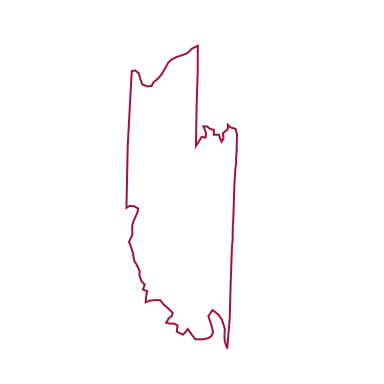 Lunardelli, Paraná, Brazil (orthographic projection), rotated 125°
{"feature_id": "56859067B32981024727958", "entity_name": "Lunardelli", "entity_type": "district", "adm_level": 2, "iso_a3": "BRA", "parent_name": "Brazil", "parent_adm1": "Paraná", "projection": "orthographic", "projection_center": [-51.764, -24.076], "detail": "fine", "context": "isolated", "style": "outline", "palette": "rose", "viewbox_px": 384, "rotation_deg": 125, "n_neighbors": 0, "source": "geoboundaries", "source_scale": "gbopen_adm2", "svg_char_len": 1488}
<svg xmlns="http://www.w3.org/2000/svg" viewBox="0 0 384 384"><g transform="rotate(125 192 192)"><path d="M300.1,73.3L273.6,88.8L243.5,108.7L214.5,127.5L207.1,131.7L204.2,133.9L194.8,140.1L191.3,142.1L177.4,151.2L161.2,161.8L147.9,169.9L142.7,172.6L139.1,175.2L133.2,178.7L118.7,188.4L115.3,192.5L117.0,197.4L116.4,201.1L120.0,198.8L126.1,200.3L130.0,197.0L133.8,196.6L131.9,199.9L129.6,202.8L132.6,207.0L128.6,209.6L129.9,213.7L129.7,217.3L131.7,220.3L133.7,217.0L136.4,213.7L139.7,212.1L141.2,215.7L146.0,215.4L152.0,215.2L118.2,238.0L90.2,256.3L68.9,271.1L75.1,274.5L78.5,274.9L81.9,275.9L90.3,282.0L94.7,284.5L99.3,285.7L105.2,285.0L113.7,284.4L120.3,285.2L123.9,286.5L128.4,285.9L131.1,289.2L132.4,294.4L128.6,299.8L125.3,303.6L125.0,308.1L127.5,310.7L144.1,300.4L191.1,271.1L242.6,236.6L239.3,235.2L236.9,231.3L236.4,226.6L239.5,225.1L250.0,223.0L253.8,221.7L257.7,218.9L261.0,216.4L269.0,215.0L271.6,210.8L276.3,204.9L281.5,199.9L283.1,196.0L284.8,193.0L286.7,189.6L290.1,187.6L294.0,182.4L295.0,177.6L300.1,176.2L298.9,171.9L304.0,169.6L308.9,166.7L305.3,164.3L301.9,160.5L298.9,156.1L300.5,150.3L301.1,144.2L302.1,138.4L305.4,137.5L309.0,138.6L313.9,138.2L312.7,135.0L310.0,131.1L309.7,127.2L315.1,124.4L314.1,117.7L310.8,117.0L306.6,116.8L309.2,109.7L310.7,104.8L306.9,99.2L302.8,95.1L299.4,93.5L295.0,94.1L290.9,98.6L284.3,107.4L276.9,107.5L277.3,99.7L279.5,94.3L282.9,89.6L285.3,86.6L291.5,82.7L295.5,79.5L300.1,73.3Z" fill="none" stroke="#9f1239" stroke-width="2"/></g></svg>